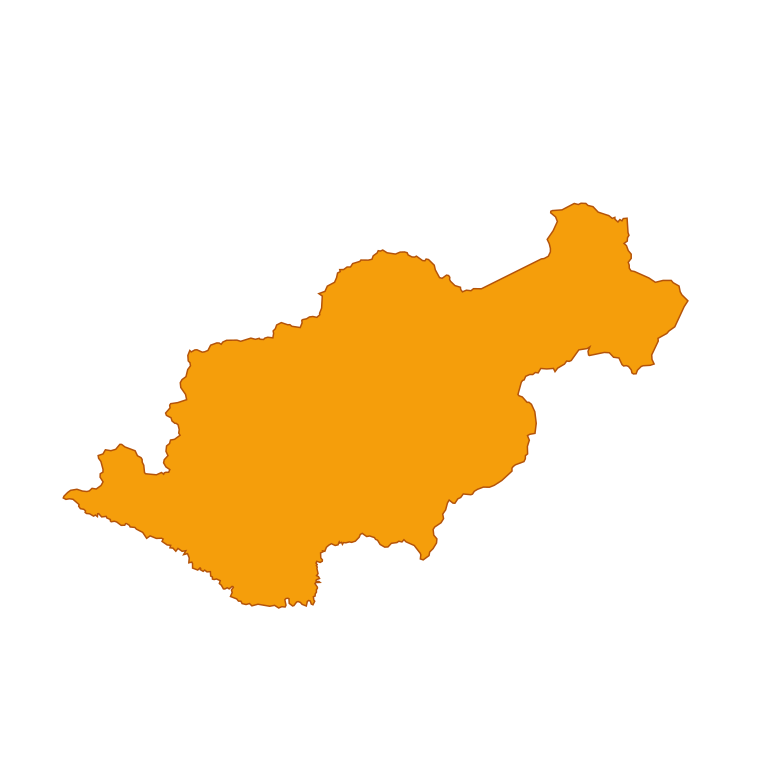 A Luoi, Thừa Thiên - Huế, Vietnam (Mercator projection), rotated 118°
{"feature_id": "81297802B94706269623038", "entity_name": "A Luoi", "entity_type": "district", "adm_level": 2, "iso_a3": "VNM", "parent_name": "Vietnam", "parent_adm1": "Thừa Thiên - Huế", "projection": "mercator", "projection_center": [107.348, 16.232], "detail": "fine", "context": "isolated", "style": "filled", "palette": "amber", "viewbox_px": 768, "rotation_deg": 118, "n_neighbors": 0, "source": "geoboundaries", "source_scale": "gbopen_adm2", "svg_char_len": 6171}
<svg xmlns="http://www.w3.org/2000/svg" viewBox="0 0 768 768"><g transform="rotate(118 384 384)"><path d="M239.5,154.9L236.5,158.9L232.6,161.3L217.3,162.0L215.1,163.5L206.5,158.0L203.4,157.3L197.0,154.1L174.8,155.3L167.9,154.7L165.4,162.9L163.5,165.8L159.0,169.5L158.8,176.3L157.7,179.0L161.6,186.3L166.8,192.1L166.0,199.9L167.1,215.7L168.1,219.0L166.6,221.8L163.9,223.3L161.9,225.5L157.0,224.7L153.3,226.7L151.5,231.0L148.0,234.9L147.2,238.1L143.6,236.3L140.5,237.7L137.7,237.5L135.8,239.6L123.5,247.2L125.6,250.4L128.2,250.5L128.1,252.9L131.1,253.5L130.1,257.4L128.5,258.4L130.6,260.2L129.8,264.4L131.7,275.6L129.3,282.7L130.6,287.8L129.8,290.5L131.9,294.9L134.3,296.7L135.3,300.8L146.7,308.6L151.8,316.7L153.2,317.8L154.6,317.2L155.9,311.0L159.1,307.2L169.3,306.6L179.7,307.8L182.6,303.9L186.2,300.7L189.3,299.1L194.1,298.9L198.0,301.5L199.7,303.8L254.2,342.7L257.8,349.7L260.8,351.0L262.5,355.3L265.8,358.0L264.5,360.7L262.7,361.9L263.8,367.6L262.1,373.4L261.0,375.1L258.9,376.0L257.9,377.9L258.5,379.9L263.4,382.3L264.0,384.9L259.1,392.3L255.5,395.4L253.2,403.1L253.9,405.5L256.0,405.7L256.9,407.9L255.9,415.4L257.6,416.6L258.7,419.0L258.7,423.3L257.2,425.2L257.8,427.9L260.0,431.7L263.9,434.9L266.7,442.9L266.3,448.0L268.3,449.6L269.0,451.7L271.5,451.6L275.9,453.7L279.5,453.2L282.0,456.0L285.4,462.6L287.1,462.9L292.4,468.2L296.4,468.5L298.0,471.5L301.9,473.4L303.8,476.8L305.3,475.4L307.8,477.1L312.4,475.8L317.4,475.4L324.2,480.0L329.9,479.6L334.8,484.0L335.3,479.8L346.3,474.7L351.8,474.1L353.0,473.2L356.7,474.6L357.8,478.5L359.8,481.3L362.8,483.0L365.2,485.9L366.3,486.5L368.6,485.0L373.5,484.5L376.3,492.5L375.8,495.0L376.9,496.8L378.0,503.5L382.3,506.5L386.2,505.9L389.2,506.8L391.2,505.2L395.4,503.8L397.3,508.6L399.5,510.8L401.2,511.2L402.7,514.4L402.2,515.6L404.9,518.5L406.0,523.1L413.6,530.6L414.3,534.4L419.3,543.5L422.6,546.0L425.4,546.4L425.2,548.8L426.3,551.0L431.1,555.3L437.0,555.2L439.8,557.5L441.2,559.4L441.6,565.2L442.7,567.0L446.2,569.3L445.6,571.2L450.9,570.6L455.5,567.7L456.3,565.3L458.8,563.4L463.4,564.1L470.5,562.3L474.9,564.4L478.5,564.5L482.5,561.8L486.4,554.3L490.5,550.9L497.3,557.4L501.5,563.1L503.3,563.3L505.5,561.7L512.2,563.2L513.9,561.3L513.8,556.2L516.2,553.8L516.9,550.2L516.3,549.0L516.7,546.7L520.4,543.4L523.7,542.2L525.0,540.0L531.2,543.0L533.7,546.2L537.2,545.4L540.8,546.9L545.8,544.9L548.7,541.1L554.0,542.5L557.1,541.6L559.6,537.6L560.1,532.9L563.0,532.7L564.6,535.5L565.7,536.3L567.1,536.2L566.6,538.9L571.0,542.3L575.2,552.4L574.6,553.9L568.5,558.0L566.6,560.7L564.1,562.2L563.1,564.0L563.1,568.0L559.8,572.4L561.2,583.2L560.5,587.3L561.3,588.9L567.6,590.2L571.1,593.8L572.9,599.1L577.7,599.3L581.4,602.8L583.6,601.1L585.3,597.6L591.3,592.0L593.7,590.8L596.5,592.4L599.6,590.9L602.3,586.1L606.5,586.2L611.8,588.8L613.2,592.8L616.7,594.0L618.4,595.8L620.1,600.0L621.1,605.7L625.0,610.8L628.3,612.4L633.3,613.9L635.2,613.7L635.2,610.7L633.0,607.9L631.8,604.5L633.6,596.7L635.3,596.2L636.6,593.5L635.6,590.3L636.1,588.0L637.7,587.6L638.0,585.9L636.8,583.0L637.0,578.4L635.2,577.3L635.6,574.8L633.0,575.9L632.4,575.1L633.9,570.9L631.3,567.1L632.4,565.8L632.1,562.0L633.3,561.4L633.7,560.2L631.8,557.7L631.3,555.4L632.2,549.7L630.4,546.6L628.6,546.6L628.1,545.7L628.3,542.5L629.4,541.0L627.6,536.6L628.4,534.5L628.3,527.4L631.7,521.1L627.9,519.2L627.2,512.5L624.6,508.0L624.6,506.2L627.2,506.1L627.9,499.9L626.6,496.6L629.1,496.1L628.0,493.3L629.4,489.3L625.9,488.7L626.5,483.7L624.2,480.7L628.7,480.8L626.0,477.9L629.0,474.3L633.5,472.4L631.5,470.1L632.4,468.8L636.4,466.6L635.7,461.1L632.7,460.1L632.9,459.3L634.2,459.0L634.3,455.7L632.5,455.0L633.0,452.1L631.2,449.2L634.9,446.9L635.0,444.9L636.8,443.9L636.4,442.2L634.8,440.4L634.5,436.3L637.5,435.7L638.0,433.2L640.3,429.6L639.7,428.3L637.5,426.8L637.6,424.5L634.1,423.2L633.8,422.3L634.3,421.5L637.5,422.0L639.3,420.2L643.7,419.8L642.9,413.2L644.0,410.6L643.0,408.4L644.5,406.2L643.5,402.3L641.0,399.7L641.9,396.5L637.6,391.9L633.9,380.6L630.8,376.7L631.2,371.8L628.6,369.7L627.3,366.6L625.3,366.7L621.0,370.3L619.5,369.9L618.3,368.3L618.2,367.1L622.2,364.7L622.9,360.5L621.9,359.5L617.5,358.8L616.4,357.7L616.1,355.3L617.0,352.9L616.5,348.4L612.0,349.6L610.5,348.9L610.2,347.3L612.4,344.9L612.3,343.1L608.3,343.2L607.7,344.6L604.9,346.5L603.6,345.3L601.5,346.2L599.6,345.9L597.4,347.1L595.7,346.9L594.7,347.4L592.6,351.3L591.5,351.1L589.2,347.4L588.9,348.8L590.1,350.7L589.9,351.6L588.6,351.8L586.0,349.6L584.8,351.5L584.9,353.6L582.4,353.2L578.3,356.7L577.0,357.0L576.1,358.5L574.8,358.2L574.1,360.0L572.1,360.1L571.5,356.6L569.5,355.3L568.2,355.8L567.2,358.2L562.9,360.7L560.5,358.9L560.1,359.6L559.5,357.7L555.2,358.2L552.3,357.1L549.7,355.5L549.5,351.3L547.6,349.1L544.4,349.4L545.1,348.3L543.8,347.2L545.1,345.4L543.1,345.4L542.1,343.1L539.7,340.5L539.0,338.2L536.2,335.5L531.0,334.0L528.0,334.3L526.1,333.1L526.8,327.7L524.9,325.3L524.1,320.3L525.1,318.6L525.0,316.3L527.5,312.1L527.7,306.8L526.0,304.0L521.2,302.7L518.0,298.2L515.9,297.1L515.0,294.0L512.1,293.3L513.0,290.5L512.4,281.5L516.4,272.6L517.5,271.3L521.4,269.8L520.9,266.8L514.4,263.7L510.9,264.8L506.4,263.4L499.7,263.0L495.9,264.6L494.1,269.1L489.4,272.3L486.5,272.1L479.7,268.5L474.9,268.2L471.3,271.1L466.2,270.5L459.3,272.1L455.9,272.0L456.8,267.2L456.0,265.4L450.7,264.9L448.2,263.0L443.9,262.4L441.0,255.4L439.7,254.2L436.3,253.9L433.1,252.0L428.4,247.9L425.6,242.4L421.7,239.1L413.9,234.7L400.8,230.1L398.3,231.5L396.2,231.2L393.6,230.0L386.8,224.0L383.7,224.1L380.9,225.5L378.3,224.4L371.8,228.1L365.4,229.3L362.2,233.1L360.0,231.7L356.7,227.5L347.3,231.1L337.7,237.8L332.7,244.3L332.1,247.4L333.0,249.1L330.5,255.8L331.0,259.2L330.4,260.8L318.0,263.6L315.8,263.3L314.6,262.2L310.7,262.5L307.2,259.8L305.8,257.1L302.8,255.8L301.8,253.1L296.7,252.9L294.3,247.4L290.7,241.7L292.8,238.8L288.4,238.1L281.7,234.0L278.0,233.5L277.1,231.1L275.3,229.7L262.4,228.0L257.3,221.2L254.6,219.7L259.4,219.2L262.3,217.0L262.4,216.0L252.7,204.3L250.6,199.7L252.6,193.9L250.7,188.8L255.1,183.0L255.6,180.9L254.0,178.7L253.7,176.4L255.4,172.4L257.8,170.3L258.0,168.5L256.6,166.2L252.8,166.7L247.9,165.2L246.3,163.9L242.5,157.7L239.5,154.9Z" fill="#f59e0b" stroke="#b45309" stroke-width="1.5"/></g></svg>